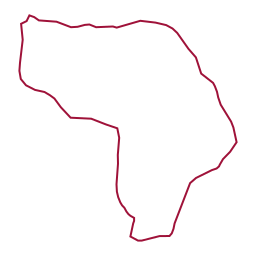 an SVG outline of Kapisa
{"feature_id": "AFG-1768", "entity_name": "Kapisa", "entity_type": "Province", "adm_level": 1, "iso_a3": "AFG", "parent_name": "Afghanistan", "parent_adm1": "", "projection": "mercator", "projection_center": [69.606, 34.911], "detail": "fine", "context": "isolated", "style": "outline", "palette": "rose", "viewbox_px": 256, "rotation_deg": 0, "n_neighbors": 0, "source": "natural_earth", "source_scale": "10m", "svg_char_len": 970}
<svg xmlns="http://www.w3.org/2000/svg" viewBox="0 0 256 256"><path d="M230.1,151.8L223.0,159.1L219.8,164.6L219.0,166.4L216.6,168.5L211.9,170.1L196.1,177.9L190.1,183.1L174.6,223.4L173.5,228.8L171.8,233.3L169.5,236.0L159.5,236.1L141.7,240.6L138.0,240.6L130.4,236.5L133.2,223.4L134.1,220.9L134.1,217.9L130.4,215.8L128.4,214.1L126.4,211.5L124.4,207.8L122.1,205.4L120.3,202.4L118.2,197.2L116.9,191.7L116.5,184.3L118.0,163.6L117.8,155.0L119.2,137.8L117.3,128.3L106.1,124.5L91.2,118.7L70.6,117.7L60.8,107.2L54.4,98.5L49.9,95.2L44.5,92.0L35.0,89.9L26.0,85.3L20.8,79.0L19.4,70.9L20.0,62.8L22.7,39.8L21.1,23.8L26.6,21.1L29.4,15.4L34.2,17.1L38.9,20.4L56.5,21.7L71.0,27.2L77.6,26.8L84.8,24.9L89.4,24.5L96.1,27.2L112.9,26.5L116.7,27.6L140.3,20.8L155.5,22.6L166.2,25.1L172.5,28.5L177.2,32.9L188.5,48.9L195.9,57.4L201.2,73.6L213.1,82.9L214.9,86.3L217.0,91.8L218.2,97.4L220.7,104.7L231.1,121.6L233.4,127.5L236.6,142.2L230.1,151.8Z" fill="none" stroke="#9f1239" stroke-width="2"/></svg>